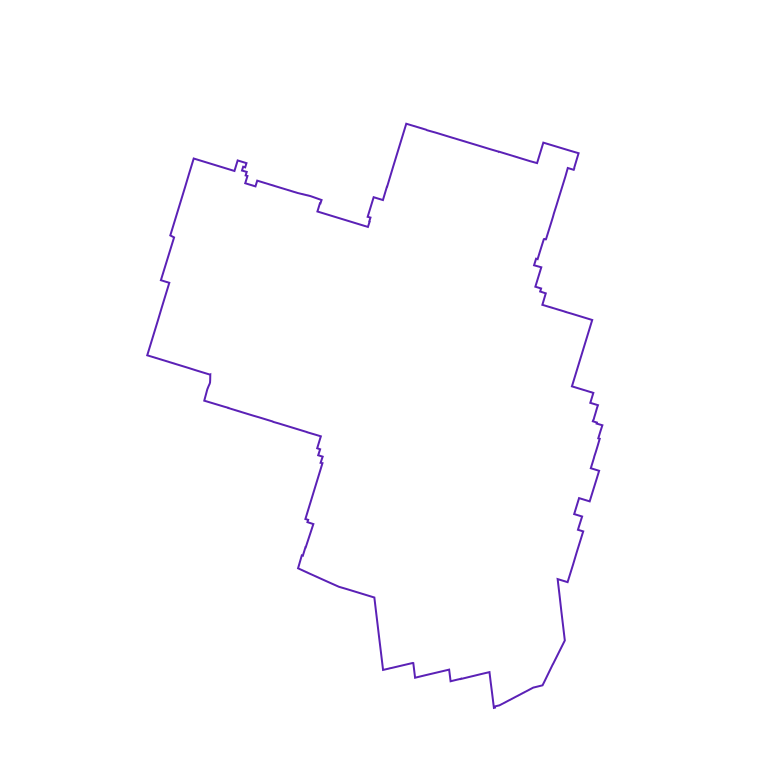 outline of Victoria Plains, Western Australia, Australia, rotated 17°
{"feature_id": "25037944B36470505967652", "entity_name": "Victoria Plains", "entity_type": "district", "adm_level": 2, "iso_a3": "AUS", "parent_name": "Australia", "parent_adm1": "Western Australia", "projection": "equal_earth", "projection_center": [116.32, -31.016], "detail": "fine", "context": "isolated", "style": "outline", "palette": "violet", "viewbox_px": 768, "rotation_deg": 17, "n_neighbors": 0, "source": "geoboundaries", "source_scale": "gbopen_adm2", "svg_char_len": 3729}
<svg xmlns="http://www.w3.org/2000/svg" viewBox="0 0 768 768"><g transform="rotate(17 384 384)"><path d="M355.7,585.4L368.4,587.1L382.5,588.9L389.6,589.8L400.2,591.1L408.4,591.0L410.0,591.0L420.3,591.0L426.8,591.0L437.2,591.0L442.0,601.9L448.5,616.6L452.6,625.9L459.4,641.2L466.7,657.7L471.9,654.7L472.3,654.4L474.5,653.2L483.4,648.0L493.2,642.3L493.4,642.3L493.6,642.3L499.6,655.8L508.2,650.7L529.8,638.1L534.6,648.8L538.8,646.3L541.0,645.0L541.4,644.8L543.6,643.5L543.7,643.4L543.8,643.6L553.4,637.9L553.6,637.8L561.5,633.1L569.1,628.7L573.8,639.3L573.9,639.5L577.6,647.7L583.8,661.6L584.8,661.0L584.3,659.9L586.2,658.8L588.1,657.7L588.3,657.6L615.6,630.6L616.2,630.3L623.7,625.8L624.4,621.7L627.4,602.6L627.5,602.5L631.9,576.4L626.8,564.8L620.5,550.5L620.4,550.3L613.2,533.7L609.1,524.4L607.2,520.0L607.1,519.8L617.5,519.8L617.6,501.2L617.5,488.6L617.5,486.8L617.6,466.7L612.1,466.7L612.1,466.3L612.1,466.2L612.1,463.2L612.2,452.8L603.9,452.8L603.9,436.1L604.5,436.1L615.0,436.1L615.1,412.2L615.1,404.1L613.7,404.1L606.4,404.1L606.4,397.2L606.4,393.2L606.3,391.8L606.4,387.6L606.4,380.5L606.3,373.3L604.8,373.3L604.8,367.7L604.8,366.4L604.9,359.6L598.9,359.7L598.9,358.6L594.6,358.6L594.6,358.0L594.6,357.9L594.9,356.0L594.8,354.4L594.8,353.2L594.8,352.5L594.8,350.8L594.7,344.4L594.8,341.7L586.8,341.7L586.8,331.3L564.4,331.3L564.4,317.5L564.4,317.4L564.4,261.9L564.2,261.9L555.3,261.9L549.4,261.9L543.0,261.9L542.9,261.9L536.6,262.0L536.6,261.9L534.6,261.9L512.9,262.0L512.3,262.0L512.2,250.0L506.3,249.9L506.3,246.7L500.3,246.7L500.3,226.4L492.8,226.6L492.8,226.1L492.8,222.9L492.8,221.0L492.8,219.7L494.4,219.7L494.4,215.6L494.4,210.9L494.5,199.0L494.5,198.8L494.7,198.6L494.9,198.5L495.0,198.4L495.3,198.4L496.5,198.4L496.6,198.1L496.7,180.5L496.7,180.3L496.7,174.6L496.6,171.1L496.7,162.8L496.7,155.8L496.8,132.7L496.6,123.7L498.3,123.7L502.8,123.7L502.9,122.2L502.7,121.4L502.6,106.4L493.4,106.5L465.8,106.6L465.8,106.8L465.8,124.1L465.8,128.0L458.5,128.2L453.9,128.2L425.9,128.2L425.8,128.4L425.6,128.3L416.7,128.4L413.4,128.4L404.8,128.4L375.9,128.5L371.6,128.5L365.2,128.5L360.1,128.5L351.7,128.7L350.7,128.7L350.0,128.5L329.2,128.6L329.2,154.7L329.2,173.6L329.3,194.6L329.1,194.6L329.2,208.2L329.2,208.4L319.5,208.4L319.5,225.0L319.5,228.9L322.4,228.8L322.4,232.9L322.8,232.9L322.7,238.5L312.9,238.5L300.9,238.5L299.6,238.5L288.7,238.5L278.3,238.5L269.9,238.5L269.9,229.9L270.4,229.9L270.5,226.3L258.7,225.8L245.6,226.6L224.5,226.6L224.4,226.6L203.3,226.6L203.3,232.6L192.6,232.6L192.6,228.7L192.6,225.0L190.7,225.0L190.7,221.3L185.8,221.4L185.8,217.4L187.9,217.4L187.9,213.0L178.7,213.0L178.7,224.0L166.3,224.0L136.1,224.0L136.1,224.5L136.1,240.1L136.2,253.8L136.2,275.7L136.2,276.8L136.2,282.1L136.2,304.4L139.4,305.0L140.4,305.2L140.3,350.0L149.1,350.0L149.1,357.5L149.1,369.0L149.1,372.9L149.1,373.0L149.1,376.2L149.2,389.3L149.2,425.8L179.4,425.8L188.9,425.8L192.4,425.8L200.4,425.9L214.3,425.9L214.7,425.9L214.8,425.8L215.0,425.8L215.1,425.7L216.7,431.3L216.9,432.3L217.1,432.9L217.2,433.5L217.2,434.1L217.2,434.5L217.2,435.1L217.0,436.3L216.7,439.1L216.7,439.8L216.6,440.2L216.6,440.7L216.6,441.3L216.6,441.7L216.7,444.0L216.8,446.9L216.9,450.2L217.0,452.5L217.3,452.5L238.1,452.4L242.0,452.3L242.0,452.5L255.7,452.5L268.0,452.5L274.3,452.4L278.9,452.4L288.6,452.4L288.8,452.5L289.0,452.6L289.6,452.6L294.7,452.5L297.1,452.5L299.0,452.5L302.7,452.5L309.8,452.5L312.1,452.5L314.5,452.5L317.9,452.5L324.4,452.5L324.5,452.6L334.9,452.5L337.8,452.5L338.9,452.5L338.9,465.0L342.0,465.1L341.9,471.4L346.6,471.4L346.4,477.9L348.3,477.7L348.3,516.4L348.3,536.1L351.2,536.1L351.2,538.5L357.4,538.6L356.9,563.1L356.6,563.1L356.6,571.9L355.5,571.9L355.7,585.4Z" fill="none" stroke="#5b21b6" stroke-width="2"/></g></svg>